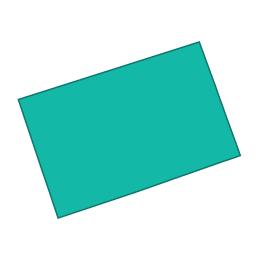 Newton, Missouri, United States of America (Robinson projection), rotated 160°
{"feature_id": "52423323B17908579345359", "entity_name": "Newton", "entity_type": "district", "adm_level": 2, "iso_a3": "USA", "parent_name": "United States of America", "parent_adm1": "Missouri", "projection": "robinson", "projection_center": [-94.466, 36.902], "detail": "fine", "context": "isolated", "style": "filled", "palette": "teal", "viewbox_px": 256, "rotation_deg": 160, "n_neighbors": 0, "source": "geoboundaries", "source_scale": "gbopen_adm2", "svg_char_len": 493}
<svg xmlns="http://www.w3.org/2000/svg" viewBox="0 0 256 256"><g transform="rotate(160 128 128)"><path d="M224.5,67.3L143.0,65.1L105.1,64.7L101.6,64.7L97.9,64.6L92.5,64.6L91.3,64.5L50.3,64.1L46.2,63.9L31.9,63.7L31.8,70.4L31.8,83.6L31.8,87.8L31.8,88.9L31.8,89.5L31.8,108.1L31.8,109.6L31.7,113.3L31.7,116.6L31.7,118.0L31.7,124.2L31.7,130.2L31.5,137.3L31.6,150.9L31.6,184.5L221.3,192.3L223.3,115.7L223.4,109.6L223.8,91.5L224.5,67.3Z" fill="#14b8a6" stroke="#0f766e" stroke-width="1.5"/></g></svg>